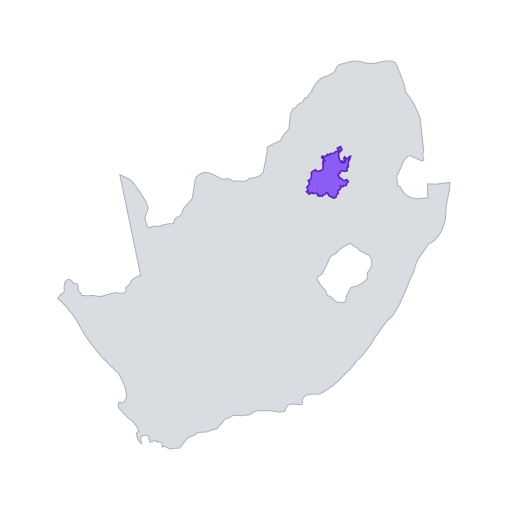 location of Gauteng within South Africa, rotated 352°
{"feature_id": "ZAF-1208", "entity_name": "Gauteng", "entity_type": "Province", "adm_level": 1, "iso_a3": "ZAF", "parent_name": "South Africa", "parent_adm1": "", "projection": "orthographic", "projection_center": [28.225, -26.009], "detail": "fine", "context": "in_parent", "style": "filled", "palette": "violet", "viewbox_px": 512, "rotation_deg": 352, "n_neighbors": 0, "source": "natural_earth", "source_scale": "10m", "svg_char_len": 6645}
<svg xmlns="http://www.w3.org/2000/svg" viewBox="0 0 512 512"><g transform="rotate(352 256 256)"><path d="M365.2,78.1L379.1,76.4L385.3,77.5L392.7,80.6L399.7,81.8L411.5,80.9L415.6,81.5L418.8,82.6L421.1,84.3L424.3,96.2L426.9,109.0L426.7,113.1L427.1,114.7L430.3,120.1L431.5,123.6L433.3,126.3L437.3,140.0L437.7,142.4L436.7,175.2L435.0,179.2L435.6,184.3L433.6,185.0L422.3,178.1L420.3,178.3L417.0,180.7L413.9,184.4L412.4,187.7L406.5,196.4L406.0,202.0L406.4,206.9L408.3,207.1L409.6,210.6L412.6,216.2L417.7,219.8L422.6,221.5L429.3,222.1L434.7,222.2L434.5,218.4L436.0,208.5L444.9,210.0L458.3,210.1L457.1,216.5L451.8,231.1L448.2,247.6L443.9,255.9L441.6,259.3L435.1,265.2L431.7,267.1L428.9,267.7L417.7,279.8L413.5,285.7L409.7,294.3L406.1,299.0L400.7,309.0L391.3,323.8L383.6,333.6L380.1,336.4L377.9,337.6L371.8,343.3L363.2,352.4L356.7,360.4L347.0,369.6L341.5,373.6L333.2,381.6L330.8,382.8L321.5,390.2L314.9,394.7L304.1,400.0L299.9,401.5L289.6,400.3L285.3,401.1L281.8,404.3L281.6,408.8L280.1,409.5L270.7,407.6L266.8,408.1L264.6,410.5L262.9,413.6L257.5,413.9L247.9,411.0L236.5,409.5L233.9,409.4L228.6,411.9L226.7,412.3L218.8,412.1L214.3,410.8L210.1,411.0L206.9,412.4L203.0,413.0L193.0,421.9L187.6,422.2L183.0,423.4L174.6,422.7L172.2,423.4L169.9,425.0L164.3,426.0L162.2,427.4L153.4,435.6L149.4,435.1L144.5,435.3L138.6,431.6L136.5,432.0L136.9,430.7L136.9,428.5L134.7,426.5L132.6,426.7L131.2,425.0L127.9,425.0L125.2,425.8L124.0,418.8L122.6,418.1L119.3,418.2L117.7,418.6L116.9,419.3L116.2,421.0L116.7,425.9L115.4,424.6L113.8,421.8L113.0,418.6L113.1,414.8L115.5,413.2L114.4,408.6L109.6,400.7L107.0,399.1L104.7,395.1L102.7,393.7L101.6,390.8L99.5,388.6L98.5,384.9L99.3,382.7L100.9,381.4L102.7,383.2L104.7,382.3L107.3,379.4L108.7,375.1L108.2,368.6L107.4,364.5L104.0,354.1L102.7,351.8L96.7,344.7L89.6,335.0L80.2,319.7L75.5,310.4L68.0,291.5L61.8,280.9L54.6,271.2L53.7,270.6L54.6,269.3L57.7,266.6L59.2,265.8L60.0,266.1L60.7,265.3L61.4,263.7L61.6,260.0L62.8,256.0L64.0,254.3L66.9,252.9L69.3,254.2L70.4,255.5L71.0,257.3L72.0,258.1L73.6,257.9L74.9,259.0L75.7,261.3L75.8,263.0L74.9,264.1L75.2,265.5L76.5,267.1L78.1,270.8L84.4,272.2L87.8,272.2L91.2,272.9L94.4,274.3L99.4,274.3L106.4,272.9L112.2,272.9L116.8,274.2L120.2,274.3L122.1,273.1L122.9,271.6L122.5,269.6L123.4,268.3L125.6,267.6L127.4,266.0L128.6,263.5L131.7,261.3L136.6,259.5L139.1,259.3L132.5,156.5L142.1,163.0L144.4,166.2L149.5,175.5L154.7,187.2L155.8,192.9L155.7,194.1L151.4,202.2L151.5,206.0L152.3,210.5L153.5,212.7L154.9,213.4L158.1,212.1L163.1,213.0L172.7,211.9L177.4,212.3L178.6,211.9L179.7,210.9L180.8,208.1L181.8,207.1L186.2,205.7L188.1,204.1L191.0,198.6L200.2,191.0L201.2,189.2L206.5,171.8L208.2,169.2L210.9,167.5L216.1,166.0L219.2,166.6L222.6,168.0L226.5,170.3L232.3,174.8L234.2,175.5L239.8,175.5L243.4,178.5L254.0,180.2L257.0,180.1L260.3,178.3L265.7,178.2L271.5,176.9L274.9,173.8L281.4,154.9L282.1,150.7L282.8,149.6L288.4,147.4L295.1,145.6L296.5,144.8L300.7,139.5L306.2,135.0L309.9,120.0L312.4,116.4L314.0,114.9L315.0,114.9L316.4,113.9L318.3,112.1L320.5,110.9L323.0,110.5L324.7,109.2L325.4,107.2L326.7,106.2L328.6,106.3L329.7,105.6L330.0,104.3L334.1,101.0L334.2,99.7L336.6,96.6L341.3,91.5L345.8,88.7L350.0,88.1L357.7,85.6L360.4,83.2L362.2,79.9L365.2,78.1ZM351.7,299.9L358.1,297.4L362.9,294.1L364.1,288.0L367.8,284.3L369.2,280.8L370.2,276.0L368.1,270.9L365.1,269.4L359.6,265.0L357.2,262.1L353.9,259.6L351.6,256.6L347.8,257.6L341.9,259.9L338.3,262.2L335.2,264.8L329.7,266.7L324.6,275.0L323.0,276.9L319.0,282.9L313.2,286.0L313.1,287.0L315.1,292.0L317.8,296.8L320.6,300.8L320.5,303.3L321.5,305.2L324.0,306.5L328.2,311.5L330.3,313.1L336.7,314.3L337.7,314.0L339.4,311.0L339.6,308.9L343.9,302.4L345.8,300.4L351.7,299.9Z" fill="#d9dde1" stroke="#a8b0b8" stroke-width="1"/><path d="M325.6,204.9L326.2,203.8L325.4,203.8L325.3,202.5L324.8,202.3L323.5,202.3L322.2,201.8L321.4,202.3L320.6,201.4L320.6,200.7L319.9,200.6L319.5,200.7L319.4,201.5L317.1,202.2L316.8,200.3L315.6,200.4L315.5,199.9L315.2,199.7L314.9,199.0L316.3,198.7L316.7,198.4L316.6,197.3L316.5,196.5L315.7,195.0L316.5,194.4L319.1,192.3L318.2,188.4L319.4,188.5L320.0,187.8L320.8,187.7L321.2,187.0L322.1,184.5L322.4,181.0L324.1,179.9L326.2,179.1L327.0,178.7L327.2,180.0L327.8,180.5L328.7,180.4L329.2,180.8L331.1,180.5L332.9,180.1L333.3,179.7L334.1,179.5L334.6,178.8L334.7,178.2L334.7,177.7L334.6,177.4L334.7,177.2L334.9,177.1L335.1,177.0L335.1,176.7L335.1,176.4L334.9,176.1L334.9,174.4L335.6,173.8L335.4,172.9L335.1,172.8L335.6,171.5L337.2,171.8L337.4,171.2L336.1,170.7L336.2,169.7L336.9,169.4L335.8,168.1L335.2,168.4L334.7,167.7L335.2,166.4L336.1,166.3L337.3,167.4L338.7,166.6L339.9,166.7L340.4,166.4L340.4,165.4L341.2,165.2L342.0,166.1L343.3,165.7L343.5,165.0L345.2,164.9L345.5,165.2L347.0,165.2L348.3,164.5L348.8,164.0L349.4,163.7L350.7,163.6L351.5,163.8L352.4,163.5L352.7,163.3L352.8,163.2L352.8,162.5L352.3,162.2L351.8,161.6L351.6,161.3L351.4,160.6L351.9,160.4L354.0,159.5L355.1,159.4L355.5,161.0L355.9,162.6L355.3,162.6L354.7,164.0L352.0,165.5L352.3,167.2L351.8,168.0L351.9,169.4L351.9,170.9L352.4,172.7L353.0,174.8L353.9,175.3L354.5,173.8L355.5,174.3L355.3,176.0L357.0,175.7L357.1,175.1L356.6,174.4L356.9,174.0L357.7,174.3L357.8,173.9L357.3,172.4L356.7,172.4L356.4,171.4L357.6,170.2L358.0,171.1L358.1,171.8L358.7,171.3L359.3,171.7L360.0,172.9L361.4,172.2L361.3,171.3L362.1,170.6L362.8,170.5L363.3,170.3L363.6,170.3L363.5,170.5L363.4,171.1L362.7,171.9L362.1,173.8L360.7,175.1L360.4,175.9L360.5,176.6L360.2,177.7L359.8,178.7L359.8,179.3L360.2,179.8L359.8,180.6L359.2,180.7L358.3,181.3L358.4,183.5L358.0,184.4L355.7,184.6L355.1,184.0L353.9,184.0L352.0,183.5L351.1,184.3L350.7,185.9L349.5,185.9L348.7,186.5L348.5,187.8L349.4,188.3L349.6,189.2L349.5,190.4L351.7,191.2L351.9,192.4L352.9,193.1L354.1,193.7L356.4,192.9L356.6,193.7L357.3,194.0L357.8,195.5L356.1,196.2L355.3,198.7L354.4,198.8L352.2,198.5L351.9,199.4L350.7,199.3L349.4,198.4L349.4,200.1L349.2,200.6L348.8,201.4L348.7,201.5L348.0,201.7L347.8,202.0L347.4,202.5L346.2,202.7L345.9,204.2L346.3,205.5L345.2,206.1L344.5,206.6L344.2,207.0L343.7,207.5L343.6,208.2L343.7,208.6L342.5,209.3L342.2,209.3L341.8,209.5L341.1,209.6L340.8,209.3L340.7,209.2L340.5,208.9L340.3,208.3L340.1,208.3L339.5,208.8L339.4,208.7L339.2,208.5L338.9,208.1L338.4,207.7L337.9,207.4L337.2,207.1L336.9,206.7L335.9,204.9L335.6,204.2L335.8,203.9L336.0,203.8L335.8,203.5L335.3,203.0L335.1,202.9L334.7,203.0L334.2,203.3L333.8,203.7L333.5,204.1L333.1,204.5L332.6,204.7L331.4,204.8L330.8,205.0L330.4,205.3L330.3,205.5L330.3,205.9L330.1,206.0L329.8,206.0L329.6,205.8L329.5,205.6L329.3,205.4L327.5,205.7L327.2,205.7L326.8,205.0L326.5,204.6L326.3,204.8L326.1,204.9L325.6,204.9Z" fill="#8b5cf6" stroke="#5b21b6" stroke-width="1.5"/></g></svg>